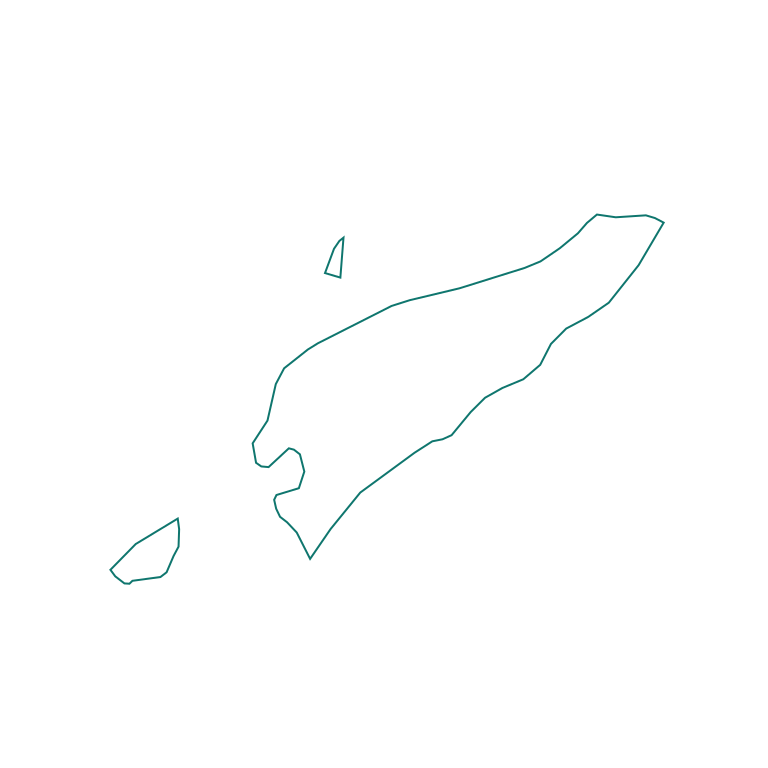 SVG path tracing the border of East Timor, rotated 346°
{"feature_id": "TLS", "entity_name": "East Timor", "entity_type": "country or territory", "adm_level": 0, "iso_a3": "TLS", "parent_name": "Asia", "parent_adm1": "", "projection": "natural_earth1", "projection_center": [125.525, -8.826], "detail": "fine", "context": "isolated", "style": "outline", "palette": "teal", "viewbox_px": 768, "rotation_deg": 346, "n_neighbors": 0, "source": "natural_earth", "source_scale": "50m", "svg_char_len": 1002}
<svg xmlns="http://www.w3.org/2000/svg" viewBox="0 0 768 768"><g transform="rotate(346 384 384)"><path d="M270.0,535.8L263.4,507.0L256.5,494.7L251.0,487.7L249.2,478.9L249.4,469.8L252.8,465.7L276.2,464.5L285.5,449.7L285.4,431.9L280.7,425.9L276.1,423.4L251.9,436.7L245.0,434.3L240.8,429.5L242.2,409.8L262.1,391.3L279.0,357.9L290.9,344.6L318.5,332.1L329.7,328.5L410.2,310.1L429.4,308.9L480.4,309.4L548.6,305.4L565.5,302.9L587.4,294.8L608.6,284.7L619.9,276.8L631.6,271.1L649.2,278.3L678.9,283.7L687.0,288.5L694.4,295.1L659.8,330.3L621.8,359.5L598.4,368.3L574.2,374.3L555.7,385.5L540.2,403.2L520.3,413.1L497.9,416.5L478.7,421.8L461.3,432.2L437.2,450.0L427.4,451.8L417.0,451.3L397.0,458.1L334.7,483.6L297.1,511.8L270.0,535.8ZM73.6,498.1L104.4,479.2L151.3,464.7L150.1,475.3L145.3,492.1L138.2,500.0L127.5,514.1L120.4,517.2L92.3,514.1L88.7,516.2L83.9,514.7L76.7,505.6L73.6,498.1ZM380.1,232.2L367.4,270.2L353.6,262.1L368.2,240.7L375.3,234.4L380.1,232.2Z" fill="none" stroke="#0f766e" stroke-width="2"/></g></svg>